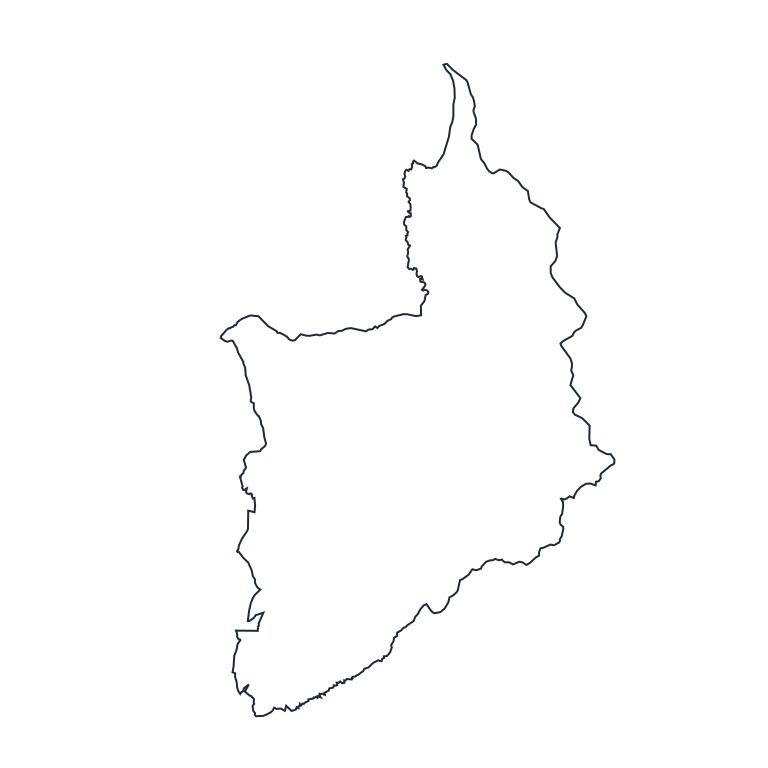 Campuri, Vrancea, Romania, rotated 77°
{"feature_id": "2599482B61463988444058", "entity_name": "Campuri", "entity_type": "district", "adm_level": 2, "iso_a3": "ROU", "parent_name": "Romania", "parent_adm1": "Vrancea", "projection": "robinson", "projection_center": [26.758, 46.041], "detail": "fine", "context": "isolated", "style": "outline", "palette": "slate", "viewbox_px": 768, "rotation_deg": 77, "n_neighbors": 0, "source": "geoboundaries", "source_scale": "gbopen_adm2", "svg_char_len": 6160}
<svg xmlns="http://www.w3.org/2000/svg" viewBox="0 0 768 768"><g transform="rotate(77 384 384)"><path d="M653.7,593.8L652.2,592.4L651.7,590.5L649.0,589.0L646.3,583.3L652.4,588.7L657.3,585.1L658.3,583.4L661.9,581.6L665.3,582.7L666.4,582.4L668.0,584.3L669.3,584.6L672.9,584.9L675.8,583.7L677.3,584.3L678.9,583.5L680.2,576.2L679.6,572.7L678.5,568.3L676.9,565.6L674.6,563.9L676.3,562.0L677.1,557.5L680.2,554.1L675.5,551.7L681.8,547.6L681.4,543.2L679.2,541.8L680.6,540.2L679.2,540.0L678.7,538.8L676.9,537.9L679.5,536.9L677.7,536.7L677.1,535.1L677.7,534.2L676.7,532.7L675.8,528.9L674.2,528.6L674.6,524.0L673.7,523.1L674.1,522.6L673.5,521.2L674.8,519.4L673.2,519.0L675.1,516.2L672.6,517.0L671.4,516.5L672.1,515.6L671.8,514.1L673.6,511.5L671.4,511.5L670.3,506.8L668.3,505.8L668.4,501.6L666.3,500.7L667.1,498.6L666.9,497.3L664.3,497.3L665.0,495.6L663.9,493.7L666.2,492.1L666.3,489.9L663.8,489.5L664.3,488.2L663.0,486.7L664.7,481.9L664.0,481.0L663.2,481.5L662.3,480.7L662.6,477.8L661.6,476.2L661.6,474.8L658.9,468.6L657.0,467.2L656.8,463.1L653.3,457.4L651.9,451.6L653.1,450.2L653.5,448.7L651.4,447.5L650.9,445.5L649.3,445.4L649.8,442.5L647.0,438.6L642.6,435.7L640.1,435.8L636.7,432.5L633.5,431.3L632.3,427.9L629.3,427.1L628.0,422.9L626.0,419.9L625.6,417.4L624.2,415.3L621.6,408.3L618.0,406.1L616.0,403.1L611.4,398.9L608.6,395.1L608.1,392.1L616.3,388.8L618.7,386.5L618.9,380.2L616.3,375.3L611.3,370.5L606.6,368.2L605.8,365.0L603.6,360.6L601.9,358.7L592.1,354.0L591.9,351.6L588.9,344.5L584.4,339.6L586.2,336.1L585.7,331.0L583.9,329.9L580.2,324.6L579.7,320.9L580.2,317.4L579.4,315.1L581.6,311.6L581.6,308.7L584.8,306.6L585.9,302.2L588.8,298.9L587.6,292.2L589.0,289.1L592.4,286.0L591.1,282.0L587.3,275.3L586.1,271.5L582.9,270.8L579.3,268.4L579.4,265.4L577.9,257.8L579.2,255.3L579.2,254.0L577.9,249.3L576.9,248.1L574.6,247.4L572.5,245.2L565.3,241.8L563.3,241.6L560.6,243.6L558.2,243.9L553.1,242.1L550.3,239.5L543.0,236.8L539.2,236.2L535.6,237.4L535.5,236.8L537.0,234.6L536.6,231.4L535.2,228.5L537.7,224.6L535.6,223.7L531.6,220.0L528.6,215.5L526.7,209.8L527.3,205.5L530.4,200.6L526.9,199.4L527.1,196.8L524.7,194.0L521.7,193.7L520.1,192.6L514.6,181.8L513.6,178.1L512.8,177.4L509.5,176.5L503.5,178.8L502.4,182.8L496.6,189.6L491.8,191.1L490.1,196.4L483.6,196.3L470.8,193.0L462.1,198.4L456.6,205.1L453.7,206.3L450.2,204.8L446.0,199.1L442.1,195.8L427.0,202.6L418.1,197.6L413.0,198.6L408.6,196.7L405.5,196.2L401.1,196.6L386.9,202.6L384.4,203.0L382.4,199.6L379.5,189.7L376.6,187.3L375.1,185.0L373.7,179.4L371.7,177.3L363.6,171.6L360.1,172.3L349.9,177.8L343.5,179.3L335.9,186.9L328.9,191.1L317.9,195.9L313.3,196.6L306.8,195.1L302.6,189.3L298.3,186.5L284.9,185.0L279.9,182.0L277.1,181.3L271.6,177.5L259.1,185.1L249.4,189.0L248.3,191.0L239.9,200.5L236.5,201.0L228.3,200.4L223.3,204.8L216.4,207.7L212.6,211.3L205.8,215.1L203.6,217.3L201.1,222.8L203.3,229.7L203.0,231.2L200.5,233.6L197.5,235.1L191.2,236.6L186.6,239.0L172.0,238.9L164.8,243.5L161.2,242.6L155.3,238.9L152.1,235.9L145.9,234.7L139.1,235.5L137.2,235.2L133.8,233.0L129.2,232.7L125.2,232.8L121.0,234.2L109.4,234.7L106.6,235.3L93.4,246.3L86.2,250.7L86.3,254.2L92.0,252.7L97.2,249.6L103.6,248.5L111.5,248.8L120.8,250.6L127.5,253.6L138.5,256.1L144.1,258.5L148.4,261.6L157.6,265.1L173.6,274.3L180.4,281.6L183.1,283.4L184.2,286.2L183.7,287.2L184.6,289.0L183.2,291.7L183.1,294.4L181.1,294.7L178.4,297.9L176.5,301.8L173.0,304.4L173.1,304.8L174.1,305.8L175.6,305.9L176.1,307.4L178.4,307.7L181.0,309.2L180.5,310.9L181.8,312.2L180.3,313.9L180.5,314.6L183.1,316.6L187.0,316.8L188.2,317.7L188.9,319.5L192.3,319.3L196.2,320.8L199.1,317.9L202.1,319.3L203.7,318.6L206.3,319.3L209.0,317.1L210.5,317.3L212.1,319.1L214.5,317.9L217.8,318.2L221.1,319.3L221.0,321.7L222.2,321.6L223.9,319.5L226.5,320.2L227.0,321.3L225.9,322.2L226.6,323.2L226.1,325.1L230.6,328.1L233.3,328.5L235.4,326.8L239.0,327.7L241.4,326.3L242.4,327.3L244.4,327.7L244.5,329.3L246.0,329.1L248.4,330.5L251.2,329.1L253.9,329.0L255.0,327.5L258.3,330.7L261.2,330.8L264.9,332.6L268.2,331.6L275.4,334.7L277.4,333.8L277.8,331.9L279.2,330.3L279.2,329.5L277.8,328.7L278.7,326.6L281.6,326.5L284.0,327.6L286.3,327.5L287.4,326.7L287.2,323.7L287.7,322.9L290.8,322.8L289.7,324.3L289.9,325.3L292.4,325.5L294.1,321.9L296.0,321.2L297.5,321.8L300.7,325.8L301.8,324.8L301.3,323.2L302.7,320.8L304.6,320.1L305.9,320.8L306.7,323.4L312.3,325.9L316.1,330.5L325.4,332.4L325.1,337.5L321.1,346.1L320.3,349.5L320.5,359.4L320.9,361.0L322.4,362.4L323.2,366.3L325.6,370.0L326.4,375.5L327.9,378.0L325.9,379.8L328.0,382.8L327.5,387.0L328.7,389.6L322.1,403.6L321.6,408.7L322.7,413.2L322.1,416.7L323.7,420.7L321.6,427.5L322.2,435.6L320.7,438.5L320.3,445.8L319.4,448.9L316.8,453.9L321.2,460.9L321.1,463.7L319.3,466.2L316.0,468.0L312.5,471.7L310.9,473.7L310.1,476.4L308.4,476.7L301.7,483.8L289.7,491.1L287.1,498.9L288.5,507.4L289.6,510.5L290.6,512.7L293.4,515.1L293.1,516.6L294.4,518.4L294.4,520.3L295.1,521.5L294.7,522.5L295.8,525.2L300.8,532.0L302.3,532.8L306.6,528.9L307.6,527.1L307.3,523.2L307.9,521.7L316.3,519.2L320.5,519.1L330.7,516.1L332.4,516.4L337.0,515.6L344.2,516.8L354.9,515.6L367.5,516.4L370.2,517.7L371.4,517.6L373.5,515.2L378.4,516.3L381.2,516.2L386.2,514.2L387.4,513.1L392.3,512.3L395.1,512.8L399.7,511.7L409.0,512.6L415.5,512.3L417.6,513.7L420.0,518.4L421.6,519.8L420.1,529.7L422.7,534.5L426.5,537.7L434.4,537.2L437.0,540.1L439.3,541.1L440.4,543.4L442.1,544.4L441.8,545.2L452.0,544.8L453.2,545.6L455.6,545.0L455.7,543.5L454.8,541.1L458.1,542.7L459.6,542.4L460.9,540.2L460.6,538.4L462.0,537.4L462.9,538.1L465.6,537.6L466.2,537.4L465.9,535.9L473.3,536.9L479.8,539.0L476.9,544.8L494.5,549.1L496.6,550.5L502.7,557.1L508.7,561.7L512.3,563.1L513.8,564.8L514.8,564.4L514.9,563.3L522.4,559.8L527.4,556.5L535.9,554.8L541.9,555.0L545.1,553.7L548.6,554.4L551.5,553.8L553.7,553.1L556.5,550.8L560.4,557.2L563.4,560.2L567.6,563.1L574.7,566.5L584.4,570.0L584.7,568.8L582.7,563.5L580.4,561.1L579.7,553.0L589.2,560.0L591.5,560.4L592.2,561.4L596.1,562.5L591.0,583.7L594.8,583.3L597.2,584.0L600.1,583.1L600.6,581.7L601.3,581.6L604.4,585.1L610.3,587.7L615.2,591.1L625.4,594.1L630.8,596.4L632.4,594.1L636.0,595.0L641.3,594.6L646.5,595.3L650.2,595.1L653.7,593.8Z" fill="none" stroke="#1e293b" stroke-width="2"/></g></svg>